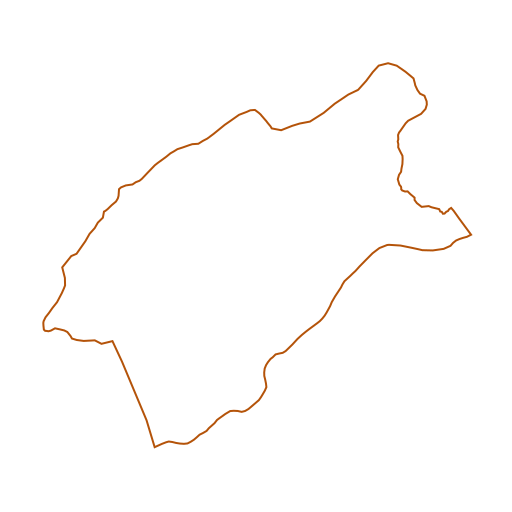 Xayphoothong, Savannakhét, Laos, rotated 267°
{"feature_id": "54806243B80767168472934", "entity_name": "Xayphoothong", "entity_type": "district", "adm_level": 2, "iso_a3": "LAO", "parent_name": "Laos", "parent_adm1": "Savannakhét", "projection": "orthographic", "projection_center": [105.02, 16.341], "detail": "fine", "context": "isolated", "style": "outline", "palette": "amber", "viewbox_px": 512, "rotation_deg": 267, "n_neighbors": 0, "source": "geoboundaries", "source_scale": "gbopen_adm2", "svg_char_len": 3071}
<svg xmlns="http://www.w3.org/2000/svg" viewBox="0 0 512 512"><g transform="rotate(267 256 256)"><path d="M254.8,61.9L244.1,64.0L236.6,63.8L233.7,62.5L229.2,60.2L220.3,54.9L215.2,50.4L215.0,50.2L209.9,46.2L205.8,42.6L202.0,40.5L200.3,40.1L197.5,40.1L193.6,40.3L192.3,41.5L192.1,43.2L191.7,44.7L192.2,47.2L194.3,51.5L193.0,56.3L191.7,60.6L190.0,63.6L185.8,66.6L183.2,67.9L181.5,72.6L180.2,79.5L180.2,85.1L180.2,90.6L176.4,97.1L178.5,108.2L157.4,116.7L97.7,138.1L70.4,144.8L73.3,152.2L74.7,156.5L75.3,159.2L74.6,162.8L73.5,166.4L72.7,170.1L72.2,174.2L72.4,177.8L73.9,181.1L75.8,184.4L78.1,187.4L80.5,190.3L82.0,193.8L83.9,197.5L86.5,199.9L88.9,202.9L91.2,205.8L94.3,208.5L95.7,210.6L99.8,217.0L102.5,222.1L102.6,225.6L102.2,229.6L101.1,233.5L101.8,237.0L103.6,240.5L107.8,246.0L111.9,251.3L114.8,253.6L117.9,255.7L121.1,257.8L124.5,259.5L128.1,259.3L132.1,258.7L135.8,258.0L139.3,258.1L143.2,258.8L146.6,260.4L149.4,262.4L152.4,265.1L152.5,265.2L154.0,267.4L156.7,270.4L157.4,274.1L157.9,277.6L159.5,280.6L163.6,285.3L165.7,287.7L171.0,293.1L174.8,297.7L177.6,301.5L180.3,305.4L185.7,313.6L187.6,316.3L190.0,318.9L192.8,321.4L195.8,323.5L198.2,325.0L202.1,327.4L205.9,329.2L211.6,332.9L220.1,339.2L223.0,340.8L226.2,343.0L231.2,349.1L233.5,351.7L235.8,354.5L240.1,358.8L240.3,359.0L245.9,365.1L252.6,372.5L254.8,375.7L257.5,379.7L260.1,387.5L260.2,389.4L258.9,400.8L256.1,411.7L254.2,418.7L253.1,422.5L252.3,432.8L253.3,443.8L256.0,450.8L258.8,453.5L261.0,456.6L262.3,460.1L263.3,463.8L264.1,467.6L266.0,471.9L282.5,461.0L290.7,455.8L293.8,453.4L292.5,451.2L290.9,450.1L290.2,448.3L288.5,446.5L288.4,444.9L290.4,443.8L290.8,442.3L293.2,441.4L295.5,433.8L296.8,431.1L296.4,424.0L300.4,419.4L303.6,417.3L306.0,417.4L309.7,413.4L312.6,410.8L312.6,408.2L313.8,405.4L315.0,404.5L316.5,404.6L317.7,404.4L319.8,402.9L325.2,401.6L329.6,403.1L332.5,405.3L335.4,405.8L340.1,407.0L345.1,407.5L348.4,407.5L352.8,405.5L357.1,403.7L360.3,404.0L362.9,403.5L365.1,404.2L369.4,404.2L371.8,405.3L373.4,406.7L375.6,408.4L380.7,412.4L383.1,415.0L389.3,428.3L394.0,433.0L398.2,434.5L401.5,434.5L407.2,432.6L409.5,428.3L413.3,425.9L418.0,424.0L420.4,423.6L425.1,422.6L432.1,415.0L438.7,406.5L441.6,398.0L439.7,388.5L433.6,382.3L425.1,375.2L416.6,366.7L412.4,356.7L403.9,342.5L395.4,331.1L387.4,316.9L386.0,306.6L384.1,299.0L380.3,287.7L382.6,278.4L384.7,277.3L386.3,276.1L388.6,274.4L390.1,273.4L392.9,271.2L394.5,270.0L395.6,269.1L397.0,268.1L399.1,266.0L399.7,265.2L399.9,265.0L401.9,262.6L401.9,261.3L401.8,257.9L400.4,254.3L397.9,246.5L392.3,237.6L388.6,231.6L380.2,220.1L375.8,213.5L373.7,208.9L371.1,204.3L371.0,198.2L370.2,195.2L368.2,188.4L366.8,183.1L364.7,179.3L363.0,175.9L359.9,171.7L354.1,162.8L352.9,161.1L351.9,159.7L344.7,152.0L342.4,149.6L338.9,145.9L337.2,143.5L336.0,139.8L333.9,136.4L333.3,129.7L331.6,124.8L329.9,122.7L323.3,121.9L320.9,121.1L319.9,120.5L317.7,119.0L314.3,114.5L310.6,110.3L308.9,107.9L308.3,106.5L302.3,105.1L297.6,99.8L292.3,96.4L286.9,91.0L279.6,86.3L273.6,81.6L267.6,76.9L265.6,71.5L254.8,61.9Z" fill="none" stroke="#b45309" stroke-width="2"/></g></svg>